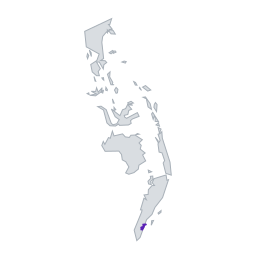 location of Aceh Selatan, Aceh, Indonesia, rotated 247°
{"feature_id": "22746128B12428400263117", "entity_name": "Aceh Selatan", "entity_type": "district", "adm_level": 2, "iso_a3": "IDN", "parent_name": "Indonesia", "parent_adm1": "Aceh", "projection": "albers", "projection_center": [97.405, 3.07], "detail": "fine", "context": "in_parent", "style": "filled", "palette": "violet", "viewbox_px": 256, "rotation_deg": 247, "n_neighbors": 0, "source": "geoboundaries", "source_scale": "gbopen_adm2", "svg_char_len": 4912}
<svg xmlns="http://www.w3.org/2000/svg" viewBox="0 0 256 256"><g transform="rotate(247 128 128)"><path d="M87.6,108.3L91.8,113.6L97.8,112.8L100.9,110.3L106.2,111.7L110.3,110.6L115.5,97.8L122.1,97.0L125.3,100.0L122.0,100.3L126.8,106.3L125.5,107.7L131.2,112.4L126.2,112.0L124.7,120.7L120.9,122.0L118.8,125.5L120.2,127.8L118.8,131.7L111.6,136.6L109.9,132.3L106.9,133.4L103.8,131.0L98.3,134.0L97.5,130.9L90.8,131.4L89.5,123.5L86.1,121.4L84.6,116.0L85.1,110.7L87.6,108.3ZM20.9,92.1L31.6,93.8L45.4,107.8L47.1,108.9L47.8,107.5L57.1,115.2L54.8,116.9L60.1,116.6L59.0,120.6L63.3,122.7L65.6,127.6L64.7,129.9L68.2,128.9L71.2,132.2L69.9,144.7L64.7,143.4L64.6,145.1L50.4,132.6L44.4,121.8L39.1,116.3L36.4,109.3L22.5,96.3L20.9,92.1ZM233.9,125.9L235.1,155.7L230.4,151.7L230.9,150.5L225.2,152.1L226.0,149.1L224.4,147.7L224.9,147.4L225.8,147.5L226.4,147.3L223.6,146.3L224.9,145.8L222.2,140.5L217.1,137.4L201.5,132.7L200.8,129.2L198.9,133.2L196.6,134.0L195.7,130.5L192.0,128.3L200.0,127.3L201.0,124.8L193.5,125.7L191.6,122.6L187.3,122.1L188.4,119.5L193.6,117.0L201.0,118.5L202.3,125.7L207.4,130.4L219.0,121.3L233.9,125.9ZM158.6,111.7L153.4,115.1L138.6,114.4L136.8,115.6L136.3,119.4L139.2,123.2L143.4,120.6L152.0,120.1L142.5,125.4L146.9,130.1L146.8,133.4L149.8,136.9L143.8,138.7L143.9,135.6L140.5,133.1L141.1,129.5L139.3,129.2L137.5,130.5L138.5,142.6L134.4,142.8L134.6,135.6L133.8,133.2L131.0,132.7L130.6,129.6L133.8,121.1L135.3,120.9L134.7,117.3L137.1,112.3L140.9,110.6L154.1,112.5L159.5,108.5L158.6,111.7ZM71.5,145.1L82.0,146.7L83.7,149.0L91.8,149.6L93.7,147.2L101.7,149.4L104.0,152.7L110.5,153.2L110.5,156.0L111.4,157.7L105.2,155.6L80.1,153.3L67.7,149.4L71.5,145.1ZM171.8,112.1L176.1,108.6L174.3,112.5L177.3,114.8L172.6,114.6L175.2,120.0L171.7,117.1L170.3,110.7L173.0,105.7L171.8,112.1ZM174.5,129.2L185.5,130.1L186.7,133.4L182.2,131.1L176.0,131.8L174.2,130.5L173.2,132.1L174.5,129.2ZM149.8,156.2L141.7,157.9L135.9,156.9L139.6,154.7L147.7,156.3L150.4,153.9L149.8,156.2ZM126.2,154.6L131.7,155.2L132.7,156.8L121.8,158.6L123.5,155.6L127.3,157.2L128.5,156.6L126.2,154.6ZM159.9,157.4L160.2,160.7L154.1,163.8L154.3,160.6L159.9,157.4ZM71.2,125.6L72.7,129.2L74.8,129.7L74.1,132.0L71.0,130.9L70.0,127.9L66.9,127.3L68.4,125.1L71.2,125.6ZM223.6,152.4L219.4,153.0L221.3,149.2L224.5,148.3L225.6,149.6L223.6,152.4ZM136.9,159.9L139.5,161.5L140.7,163.2L138.2,163.9L132.0,160.7L136.9,159.9ZM168.2,130.4L170.0,132.9L167.5,133.8L164.5,132.0L164.6,130.6L168.2,130.4ZM110.8,154.9L116.7,155.9L114.1,158.0L110.8,154.9ZM119.9,155.0L120.8,158.0L117.4,157.7L119.9,155.0ZM81.3,130.2L78.5,132.6L78.7,129.6L81.3,130.2ZM204.6,140.0L205.4,144.0L204.1,144.2L202.9,141.4L204.6,140.0ZM108.9,149.5L104.5,150.7L102.6,150.1L108.9,149.5ZM151.3,137.6L151.4,141.2L148.9,142.7L149.7,137.9L151.3,137.6ZM29.4,111.4L33.4,113.5L32.9,115.4L29.4,111.4ZM39.1,126.2L37.5,125.4L36.8,122.5L38.0,122.4L39.1,126.2ZM189.8,152.3L188.8,150.9L191.1,148.2L191.1,150.6L189.8,152.3ZM184.1,116.0L188.7,116.8L183.6,116.6L184.1,116.0ZM156.7,124.1L160.9,125.0L156.3,125.0L156.7,124.1ZM149.3,139.4L147.1,141.2L149.0,137.9L149.3,139.4ZM207.6,117.9L209.9,118.1L212.3,119.8L210.1,120.2L207.6,117.9ZM168.5,151.4L167.0,152.7L163.9,153.0L164.7,151.5L168.5,151.4ZM204.6,144.7L203.6,146.6L202.5,146.6L202.5,143.6L204.6,144.7ZM174.1,123.6L171.3,124.0L170.5,123.4L171.7,122.2L174.1,123.6ZM208.1,122.2L211.5,122.4L214.8,122.9L211.7,123.5L208.1,122.2ZM149.6,122.0L152.5,123.2L149.6,123.9L149.6,122.0ZM175.7,105.6L173.9,105.3L175.6,103.8L175.7,105.6ZM157.3,155.1L160.4,154.0L160.8,154.6L157.3,155.1ZM184.3,123.5L183.9,125.1L181.5,124.4L182.7,123.8L184.3,123.5ZM119.2,134.6L118.0,135.8L118.9,132.3L119.2,134.6ZM171.2,117.5L172.7,119.7L172.2,120.1L170.0,118.4L171.2,117.5Z" fill="#d9dde1" stroke="#a8b0b8" stroke-width="1"/><path d="M28.8,101.4L28.9,101.5L29.0,101.5L29.2,101.8L29.3,101.9L29.3,102.0L29.3,101.9L29.3,102.0L29.5,102.2L29.5,102.3L29.6,102.5L29.8,102.7L29.8,102.8L30.0,102.9L30.1,103.0L30.3,103.1L30.3,103.3L30.4,103.5L30.5,103.5L30.4,103.6L30.5,103.7L30.5,103.8L30.8,104.1L31.0,104.3L31.3,104.4L31.4,104.5L31.5,104.6L31.8,104.6L31.9,104.8L31.9,105.0L32.0,105.2L32.0,105.4L32.0,105.5L32.1,106.0L32.1,106.3L32.1,106.5L32.1,106.8L32.3,106.8L32.5,106.7L32.7,106.4L32.7,106.2L32.8,106.0L32.9,105.8L32.9,105.7L32.7,105.4L32.7,105.2L32.9,104.9L33.0,104.8L33.0,104.7L33.3,104.4L33.2,104.3L33.2,104.2L32.9,104.2L32.7,104.2L32.6,104.3L32.4,104.4L32.2,104.3L32.0,104.2L32.0,103.9L31.9,103.7L31.7,103.5L31.7,103.4L31.4,103.2L31.2,103.0L31.2,102.9L31.2,102.7L31.2,102.4L31.1,102.2L30.9,102.0L30.9,101.9L31.0,101.8L31.1,101.6L31.3,101.5L31.2,101.4L31.2,101.2L30.9,101.2L30.7,101.1L30.4,101.3L30.4,101.2L30.2,101.0L30.1,100.9L29.9,100.8L29.9,100.7L29.7,100.6L29.7,100.8L29.5,101.0L29.4,101.1L29.2,101.2L29.2,101.3L29.1,101.2L28.9,101.2L28.9,101.3L28.8,101.4ZM30.5,103.8L30.5,103.7L30.5,103.8L30.5,103.8ZM30.5,103.5L30.4,103.5L30.5,103.6L30.5,103.5Z" fill="#8b5cf6" stroke="#5b21b6" stroke-width="1.5"/></g></svg>